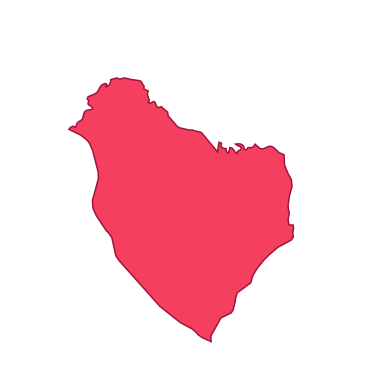 SVG path tracing the border of Sanliurfa, rotated 59°
{"feature_id": "TUR-3017", "entity_name": "Sanliurfa", "entity_type": "Province", "adm_level": 1, "iso_a3": "TUR", "parent_name": "Turkey", "parent_adm1": "", "projection": "natural_earth1", "projection_center": [38.713, 37.351], "detail": "fine", "context": "isolated", "style": "filled", "palette": "rose", "viewbox_px": 384, "rotation_deg": 59, "n_neighbors": 0, "source": "natural_earth", "source_scale": "10m", "svg_char_len": 2429}
<svg xmlns="http://www.w3.org/2000/svg" viewBox="0 0 384 384"><g transform="rotate(59 192 192)"><path d="M236.6,285.4L213.5,289.8L207.4,290.1L189.8,284.2L183.9,284.6L181.3,285.4L162.8,286.2L154.7,285.2L147.8,281.6L144.5,278.1L132.4,265.4L126.7,262.2L105.0,255.7L97.5,254.8L93.6,255.2L85.9,258.1L74.9,265.2L74.3,263.9L74.1,261.9L74.3,260.1L75.3,259.3L76.5,258.7L76.0,257.6L74.0,255.4L73.6,254.1L73.4,252.6L73.3,249.0L72.8,247.9L69.8,245.1L68.2,243.1L67.8,242.0L67.8,239.8L69.3,236.3L69.5,234.7L68.3,234.0L66.7,234.3L64.1,235.6L63.1,235.8L62.0,235.1L61.0,233.9L59.8,233.3L58.4,234.0L57.0,232.5L56.9,230.8L57.7,226.6L57.9,223.2L57.6,221.9L56.9,220.3L55.0,217.2L54.1,215.3L53.8,213.0L54.2,210.7L55.2,209.7L56.2,209.9L56.9,211.5L57.7,211.5L57.7,208.5L56.8,206.4L55.5,204.9L53.8,203.8L55.2,198.7L55.8,197.4L56.7,196.7L57.5,196.3L58.2,195.7L59.0,192.1L60.2,190.2L64.1,186.4L69.2,180.0L70.9,178.7L72.8,178.6L74.7,178.9L76.6,178.5L78.2,179.9L79.5,179.8L82.9,177.5L84.4,179.3L86.4,180.3L91.5,181.4L92.0,181.9L92.2,183.1L92.6,183.4L93.2,183.2L93.5,182.9L93.7,182.6L94.1,182.5L94.6,181.7L94.5,180.0L94.7,178.3L95.7,177.5L100.6,178.2L102.4,177.3L103.1,174.2L104.3,174.1L110.9,171.7L114.5,173.2L128.5,170.8L130.8,169.3L137.7,162.2L139.1,159.6L140.2,159.0L145.7,153.3L171.0,149.4L165.4,145.2L163.3,143.0L165.6,141.6L165.8,141.9L167.3,143.3L167.9,143.6L168.9,143.5L169.6,143.1L170.2,142.8L170.6,142.6L171.1,142.1L171.8,141.1L172.6,140.4L174.6,141.6L175.6,141.6L176.5,141.2L177.3,140.6L174.4,137.5L173.4,136.7L174.8,135.1L177.2,134.6L179.7,134.5L182.0,133.8L180.6,131.9L180.8,128.2L179.6,127.1L178.1,127.3L175.0,129.5L173.4,130.0L174.4,127.7L175.6,126.0L177.1,124.8L178.8,124.2L179.8,124.3L182.1,125.1L182.7,125.1L183.5,124.1L183.6,122.9L183.3,121.9L182.7,121.2L184.0,119.1L184.8,117.3L184.7,115.5L183.5,113.3L189.1,111.6L190.6,110.6L191.7,108.6L192.3,103.8L192.8,101.7L194.2,100.1L196.2,99.0L203.0,97.1L207.5,93.9L216.4,98.7L225.6,100.2L232.4,100.4L238.6,103.3L245.5,110.5L253.0,116.6L256.6,118.3L260.3,119.5L264.7,123.5L270.0,125.9L271.3,124.2L272.4,122.3L275.6,123.7L278.5,126.4L280.5,127.5L282.6,128.1L284.3,131.5L283.6,146.9L285.4,157.6L286.4,161.7L286.8,163.8L290.9,175.2L294.8,182.6L300.1,188.5L301.7,205.3L305.0,208.8L308.6,211.8L314.4,217.7L315.8,220.7L314.8,232.0L325.2,250.0L330.1,252.7L322.1,258.2L317.8,260.2L313.5,261.0L309.4,262.4L298.1,269.2L273.6,278.4L236.6,285.4Z" fill="#f43f5e" stroke="#9f1239" stroke-width="1.5"/></g></svg>